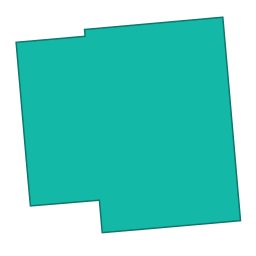 Nelson, North Dakota, United States of America, rotated 265°
{"feature_id": "52423323B93170673506058", "entity_name": "Nelson", "entity_type": "district", "adm_level": 2, "iso_a3": "USA", "parent_name": "United States of America", "parent_adm1": "North Dakota", "projection": "robinson", "projection_center": [-98.234, 47.934], "detail": "fine", "context": "isolated", "style": "filled", "palette": "teal", "viewbox_px": 256, "rotation_deg": 265, "n_neighbors": 0, "source": "geoboundaries", "source_scale": "gbopen_adm2", "svg_char_len": 325}
<svg xmlns="http://www.w3.org/2000/svg" viewBox="0 0 256 256"><g transform="rotate(265 128 128)"><path d="M197.6,232.1L230.1,232.1L229.9,93.3L223.1,93.3L223.1,24.0L100.0,23.9L58.9,24.0L58.6,93.2L26.0,93.2L25.9,135.4L25.9,162.8L25.9,232.0L33.9,232.0L197.6,232.1Z" fill="#14b8a6" stroke="#0f766e" stroke-width="1.5"/></g></svg>